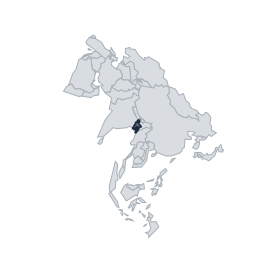 Asia, with Bangladesh highlighted, rotated 43°
{"feature_id": "BGD", "entity_name": "Bangladesh", "entity_type": "country or territory", "adm_level": 0, "iso_a3": "BGD", "parent_name": "Asia", "parent_adm1": "", "projection": "equal_earth", "projection_center": [90.497, 23.681], "detail": "fine", "context": "in_parent", "style": "filled", "palette": "slate", "viewbox_px": 256, "rotation_deg": 43, "n_neighbors": 45, "source": "natural_earth", "source_scale": "50m", "svg_char_len": 15488}
<svg xmlns="http://www.w3.org/2000/svg" viewBox="0 0 256 256"><g transform="rotate(43 128 128)"><path d="M129.3,70.0L127.0,71.4L126.1,74.0L123.3,73.4L122.1,76.7L118.5,77.8L119.6,81.1L118.7,82.7L110.0,80.9L108.8,82.4L105.5,82.0L101.3,85.9L98.6,84.9L98.1,81.4L96.6,80.1L92.3,80.5L87.9,76.6L84.0,77.7L82.8,84.7L80.4,82.7L77.9,83.8L78.3,81.8L75.8,78.4L80.0,77.2L80.6,74.3L74.8,75.1L72.0,71.5L74.5,67.8L75.7,68.8L79.5,65.7L85.8,67.5L93.6,67.2L94.1,66.4L92.1,65.2L94.8,63.5L94.1,62.3L94.8,61.8L105.4,59.5L107.7,59.9L107.9,61.6L111.0,61.7L110.7,62.6L115.5,61.0L119.3,67.1L123.9,66.8L129.3,70.0Z" fill="#d9dde1" stroke="#a8b0b8" stroke-width="1"/><path d="M82.8,84.7L84.0,77.7L87.9,76.6L92.3,80.5L96.6,80.1L98.1,81.4L98.6,84.9L100.8,85.9L105.1,82.8L104.1,84.3L107.9,85.5L105.9,86.9L104.1,86.8L104.4,85.3L102.4,85.8L100.9,88.1L99.7,88.0L100.5,90.8L99.4,92.8L87.2,81.9L84.5,84.7L82.8,84.7Z" fill="#d9dde1" stroke="#a8b0b8" stroke-width="1"/><path d="M218.1,179.3L217.7,194.0L216.3,192.1L212.1,192.4L214.0,190.0L212.9,185.6L205.8,181.4L204.7,182.7L203.1,179.8L205.9,178.5L203.5,178.5L200.6,175.6L206.4,175.2L207.1,179.7L208.8,181.1L212.2,177.3L218.1,179.3ZM191.0,193.5L190.0,196.3L188.4,196.5L189.3,194.4L191.0,193.5ZM206.6,189.0L206.5,187.3L207.1,185.7L207.5,187.5L206.6,189.0ZM179.4,164.1L178.5,166.2L181.3,171.4L179.4,171.7L176.5,182.5L166.6,180.1L164.5,172.5L165.7,168.9L167.1,171.7L172.6,170.7L174.0,170.2L176.0,163.8L179.4,164.1ZM196.2,181.1L200.5,180.4L201.1,182.2L196.2,181.1ZM194.5,182.0L193.3,181.6L193.0,180.6L194.7,180.5L194.5,182.0ZM196.3,168.6L197.6,170.9L196.6,175.5L195.4,171.2L196.3,168.6ZM184.5,170.5L191.8,170.3L189.2,172.9L183.3,172.9L183.1,174.6L184.6,176.6L188.6,174.9L185.5,177.8L188.2,185.5L186.7,185.4L187.5,183.5L185.4,183.8L184.6,179.4L183.5,180.1L183.6,185.9L182.6,186.2L180.9,179.8L182.7,173.1L184.5,170.5ZM184.0,195.9L181.0,195.0L182.5,194.5L184.0,195.9ZM182.6,193.3L186.1,192.5L187.6,191.7L187.3,192.9L182.6,193.3ZM179.3,191.7L181.3,193.1L177.3,193.8L179.3,191.7ZM159.6,186.7L170.5,189.1L175.6,192.3L173.7,193.2L158.4,188.9L159.6,186.7ZM155.3,175.1L159.7,180.4L159.2,186.7L157.4,186.7L153.8,183.0L141.6,161.1L145.3,161.6L150.6,168.7L153.7,170.3L156.0,173.2L155.3,175.1Z" fill="#d9dde1" stroke="#a8b0b8" stroke-width="1"/><path d="M191.2,194.6L192.7,192.4L195.0,192.4L191.2,194.6Z" fill="#d9dde1" stroke="#a8b0b8" stroke-width="1"/><path d="M49.3,100.7L47.4,103.6L46.4,108.5L46.1,104.9L48.1,101.1L49.3,100.7Z" fill="#d9dde1" stroke="#a8b0b8" stroke-width="1"/><path d="M51.0,98.8L48.2,101.0L50.9,98.0L51.0,98.8Z" fill="#d9dde1" stroke="#a8b0b8" stroke-width="1"/><path d="M48.5,102.5L47.2,104.6L48.0,102.2L48.5,102.5Z" fill="#d9dde1" stroke="#a8b0b8" stroke-width="1"/><path d="M48.5,102.5L54.0,100.5L54.1,103.0L50.4,104.3L51.6,106.4L48.1,109.1L46.4,108.5L48.5,102.5Z" fill="#d9dde1" stroke="#a8b0b8" stroke-width="1"/><path d="M71.2,119.6L75.1,119.9L79.0,116.5L76.4,123.4L71.6,122.3L71.2,119.6Z" fill="#d9dde1" stroke="#a8b0b8" stroke-width="1"/><path d="M70.1,118.5L70.2,117.0L71.2,115.6L71.5,117.6L70.1,118.5Z" fill="#d9dde1" stroke="#a8b0b8" stroke-width="1"/><path d="M66.0,107.3L67.3,110.5L64.6,109.3L66.0,107.3Z" fill="#d9dde1" stroke="#a8b0b8" stroke-width="1"/><path d="M54.1,103.0L54.0,100.5L57.8,98.3L59.0,94.4L61.7,92.4L64.6,92.8L66.0,95.8L64.4,99.3L66.8,102.3L67.9,107.6L61.7,109.2L54.1,103.0Z" fill="#d9dde1" stroke="#a8b0b8" stroke-width="1"/><path d="M76.7,123.0L79.1,118.2L84.1,123.8L80.6,128.3L80.1,131.1L72.3,136.2L70.9,131.0L75.9,128.8L77.4,124.5L76.7,123.0ZM79.5,115.2L78.8,115.8L79.3,115.0L79.5,115.2Z" fill="#d9dde1" stroke="#a8b0b8" stroke-width="1"/><path d="M153.6,146.1L154.2,141.5L159.3,142.3L160.0,140.8L161.9,143.1L161.8,145.7L159.0,147.5L159.8,148.8L155.2,149.6L153.6,146.1Z" fill="#d9dde1" stroke="#a8b0b8" stroke-width="1"/><path d="M157.9,141.4L154.2,141.5L153.6,146.1L149.5,143.4L148.1,152.7L153.1,159.4L151.4,160.6L146.4,154.7L148.7,146.7L146.3,139.6L147.4,137.2L144.9,132.2L146.3,129.5L149.2,127.9L151.2,130.0L150.9,134.3L154.4,132.5L156.9,134.5L158.5,138.6L157.9,141.4Z" fill="#d9dde1" stroke="#a8b0b8" stroke-width="1"/><path d="M161.5,141.6L157.9,141.4L158.5,138.6L155.6,132.7L150.9,134.3L151.2,130.0L149.2,127.9L151.9,126.3L151.6,123.8L154.2,127.2L156.2,127.2L156.9,129.1L155.5,130.4L161.3,137.8L161.5,141.6Z" fill="#d9dde1" stroke="#a8b0b8" stroke-width="1"/><path d="M149.2,127.9L146.3,129.5L144.9,132.2L147.4,137.2L146.3,139.6L148.7,146.7L147.0,151.1L146.9,144.0L144.6,135.6L141.6,138.3L139.7,137.5L139.9,132.7L136.6,125.6L141.0,114.7L144.2,113.6L144.4,111.1L146.6,112.7L145.0,120.4L146.7,120.0L148.2,122.4L147.8,124.2L150.8,124.8L149.2,127.9Z" fill="#d9dde1" stroke="#a8b0b8" stroke-width="1"/><path d="M156.6,149.9L159.8,148.8L159.0,147.5L161.8,145.7L161.7,139.4L155.5,130.4L156.9,129.1L156.2,127.2L154.2,127.2L152.5,123.5L157.5,121.6L162.0,125.5L158.4,130.9L163.9,139.2L164.6,147.2L158.0,154.1L156.6,149.9Z" fill="#d9dde1" stroke="#a8b0b8" stroke-width="1"/><path d="M192.3,82.6L191.5,85.5L188.7,87.7L190.1,90.4L185.0,90.9L185.6,88.4L183.8,87.4L184.8,86.1L187.0,83.7L189.1,84.4L188.6,83.4L191.1,81.5L192.3,82.6Z" fill="#d9dde1" stroke="#a8b0b8" stroke-width="1"/><path d="M187.3,91.6L190.3,89.9L192.6,93.6L192.6,97.0L188.8,98.4L187.5,93.7L188.6,93.3L187.3,91.6Z" fill="#d9dde1" stroke="#a8b0b8" stroke-width="1"/><path d="M129.8,69.9L136.0,67.2L143.0,69.1L145.0,65.1L151.8,68.5L156.2,68.1L158.6,69.9L161.7,70.2L166.5,68.2L169.8,68.8L169.1,72.7L172.3,72.1L175.0,73.9L166.6,78.0L164.3,77.5L163.7,78.7L164.5,80.0L162.6,81.7L154.9,84.1L148.7,82.1L142.2,82.0L140.6,79.1L134.3,77.2L134.3,74.2L129.8,69.9Z" fill="#d9dde1" stroke="#a8b0b8" stroke-width="1"/><path d="M144.4,111.1L144.2,113.6L141.0,114.7L137.1,124.4L136.3,121.0L135.6,122.4L134.7,121.2L136.6,118.1L132.7,117.4L130.6,114.9L130.0,116.4L131.1,117.5L129.8,119.1L130.7,119.7L131.0,125.2L127.9,125.6L127.1,128.5L120.0,136.4L116.9,137.8L116.0,150.2L112.0,155.5L105.8,137.6L104.7,125.9L101.2,126.9L97.8,120.8L102.5,119.4L100.3,113.9L102.2,111.7L104.0,111.8L110.0,102.7L108.0,98.5L112.8,97.9L114.3,96.2L115.9,98.5L115.3,104.3L118.9,107.1L117.2,110.0L122.2,113.0L129.8,115.0L130.8,111.5L131.0,113.5L132.4,114.4L136.1,114.1L135.5,112.1L142.5,108.6L142.7,110.8L144.4,111.1Z" fill="#d9dde1" stroke="#a8b0b8" stroke-width="1"/><path d="M135.5,112.1L136.1,114.1L131.0,113.5L132.9,111.0L135.5,112.1Z" fill="#d9dde1" stroke="#a8b0b8" stroke-width="1"/><path d="M129.9,111.9L129.8,115.0L128.4,115.0L117.2,110.0L119.6,106.6L126.3,111.2L129.9,111.9Z" fill="#d9dde1" stroke="#a8b0b8" stroke-width="1"/><path d="M114.3,96.2L112.8,97.9L108.0,98.5L110.0,102.7L104.0,111.8L102.2,111.7L100.3,113.9L102.5,119.4L97.8,120.8L95.1,117.1L87.3,117.9L88.1,115.4L90.5,114.3L87.2,107.8L89.7,108.9L95.8,107.7L97.0,104.7L100.8,103.5L105.4,94.1L110.5,92.9L111.9,95.3L114.3,96.2Z" fill="#d9dde1" stroke="#a8b0b8" stroke-width="1"/><path d="M94.7,92.9L101.5,92.8L104.1,90.2L105.4,93.7L107.7,92.1L110.5,92.9L104.4,95.0L104.8,96.8L103.5,99.2L102.0,99.1L102.5,100.5L100.8,103.5L97.0,104.7L95.8,107.7L89.7,108.9L87.2,107.8L88.8,105.9L87.4,101.3L89.0,95.8L91.7,96.3L94.7,92.9Z" fill="#d9dde1" stroke="#a8b0b8" stroke-width="1"/><path d="M99.4,92.8L100.5,90.8L99.7,88.0L104.4,85.3L104.8,86.7L102.3,88.1L108.6,88.3L110.2,92.3L105.4,93.7L104.1,90.2L101.5,92.8L99.4,92.8Z" fill="#d9dde1" stroke="#a8b0b8" stroke-width="1"/><path d="M105.1,82.8L108.8,82.4L110.0,80.9L118.7,82.7L108.6,88.3L102.3,88.1L102.6,87.0L107.9,85.5L104.1,84.3L105.1,82.8Z" fill="#d9dde1" stroke="#a8b0b8" stroke-width="1"/><path d="M77.9,83.8L80.4,82.7L82.0,84.8L84.5,84.7L87.2,81.9L97.6,91.2L97.5,92.4L96.4,91.8L90.5,96.6L89.0,95.8L89.1,94.2L83.8,91.1L78.4,92.7L78.9,89.3L77.5,87.1L78.2,85.5L80.9,85.4L79.8,83.1L78.1,85.0L77.9,83.8Z" fill="#d9dde1" stroke="#a8b0b8" stroke-width="1"/><path d="M67.9,107.6L66.8,102.3L64.4,99.3L66.0,95.8L64.1,91.2L64.5,88.3L67.3,89.7L70.5,88.0L71.4,92.0L73.7,93.4L78.2,93.2L82.8,90.9L89.1,94.2L87.4,101.3L88.8,105.9L87.2,107.8L90.5,114.3L88.1,115.4L87.3,117.9L80.9,116.4L80.4,113.8L74.9,114.2L72.0,111.9L70.4,107.1L67.9,107.6Z" fill="#d9dde1" stroke="#a8b0b8" stroke-width="1"/><path d="M48.9,101.8L51.0,98.8L50.4,96.3L52.3,93.5L61.0,92.7L59.0,94.4L57.8,98.3L50.5,102.6L48.9,101.8Z" fill="#d9dde1" stroke="#a8b0b8" stroke-width="1"/><path d="M67.9,89.6L64.2,86.7L64.5,85.1L67.3,85.6L67.9,89.6Z" fill="#d9dde1" stroke="#a8b0b8" stroke-width="1"/><path d="M64.6,92.8L52.3,93.5L51.0,95.5L51.4,93.8L49.3,93.5L41.3,94.8L38.5,93.8L37.9,88.3L43.4,84.8L50.2,83.3L56.7,85.4L63.3,84.1L65.7,87.8L64.5,88.3L64.6,92.8ZM39.2,83.7L42.1,83.3L43.1,84.7L38.5,86.9L39.2,83.7Z" fill="#d9dde1" stroke="#a8b0b8" stroke-width="1"/><path d="M119.1,156.5L118.8,158.9L116.7,160.0L115.6,155.0L116.4,151.4L119.1,156.5Z" fill="#d9dde1" stroke="#a8b0b8" stroke-width="1"/><path d="M164.6,132.8L163.2,130.2L166.6,128.7L166.0,131.7L164.6,132.8ZM108.6,88.3L119.6,81.1L118.5,77.8L122.1,76.7L123.3,73.4L126.1,74.0L127.0,71.4L129.8,69.9L134.3,74.2L134.3,77.2L140.6,79.1L142.2,82.0L148.7,82.1L154.9,84.1L161.0,82.4L164.5,80.0L163.7,78.7L164.3,77.5L166.6,78.0L171.8,74.6L175.0,74.6L172.3,72.1L168.7,71.9L169.8,68.8L173.3,68.4L174.7,65.2L173.7,63.9L176.2,62.7L181.5,63.8L185.0,69.1L187.6,69.6L190.5,72.6L195.9,71.3L194.7,77.4L191.8,77.7L192.3,82.6L191.1,81.5L188.6,83.4L189.1,84.4L187.0,83.7L183.8,87.4L179.3,89.4L180.5,86.4L179.6,85.4L174.1,89.7L177.7,92.8L179.2,91.4L181.6,92.2L182.0,93.3L177.4,97.3L182.4,103.9L181.7,106.0L183.1,107.8L182.9,111.2L178.7,119.0L174.6,122.8L166.5,125.8L166.0,128.1L165.1,128.2L165.0,125.8L160.4,124.9L159.8,122.8L157.5,121.6L151.6,123.8L151.9,126.3L147.8,124.2L148.2,122.4L146.7,120.0L145.0,120.4L146.6,112.7L145.3,110.9L142.7,110.8L142.5,108.6L136.8,111.9L132.9,111.0L131.0,113.1L130.8,111.5L126.3,111.2L115.3,104.3L115.9,98.5L111.9,95.3L108.6,88.3Z" fill="#d9dde1" stroke="#a8b0b8" stroke-width="1"/><path d="M183.1,117.4L183.1,122.8L182.5,124.5L181.2,121.1L183.1,117.4Z" fill="#d9dde1" stroke="#a8b0b8" stroke-width="1"/><path d="M69.0,83.6L70.8,85.0L72.2,83.7L74.2,86.7L73.0,86.9L71.2,90.5L70.5,88.0L67.9,89.6L67.0,87.4L66.6,84.8L68.8,85.1L69.0,83.6ZM67.3,89.7L66.3,89.4L65.7,87.8L67.0,88.2L67.3,89.7Z" fill="#d9dde1" stroke="#a8b0b8" stroke-width="1"/><path d="M60.3,80.6L67.9,82.4L69.0,84.9L61.7,84.2L62.1,82.1L60.3,80.6Z" fill="#d9dde1" stroke="#a8b0b8" stroke-width="1"/><path d="M184.6,146.0L182.9,143.2L184.9,144.1L184.6,146.0ZM187.7,153.2L187.5,149.0L188.2,150.4L189.3,148.2L187.7,153.2ZM191.7,151.5L193.7,157.3L193.2,159.3L192.6,157.0L191.8,158.2L191.9,160.9L189.9,159.6L188.8,155.8L186.0,157.3L188.6,153.9L191.8,153.2L191.7,151.5ZM182.1,149.7L178.1,154.6L181.8,147.9L182.1,149.7ZM185.7,132.7L185.1,141.3L188.9,142.5L189.2,145.3L187.2,143.0L183.4,142.4L183.9,140.9L182.0,138.9L183.0,132.1L185.7,132.7ZM186.0,150.0L185.6,146.7L187.7,147.4L186.0,150.0ZM191.6,146.1L192.2,148.6L190.9,148.0L190.6,150.7L189.5,145.3L191.6,146.1Z" fill="#d9dde1" stroke="#a8b0b8" stroke-width="1"/><path d="M149.6,158.9L154.5,161.0L156.6,170.5L151.9,167.2L149.6,158.9ZM179.4,164.1L176.0,163.8L174.0,170.2L167.1,171.7L166.0,170.4L165.7,168.9L168.2,169.3L168.6,167.4L171.3,166.5L173.3,163.3L175.2,163.7L177.4,157.9L181.6,161.3L179.4,164.1Z" fill="#d9dde1" stroke="#a8b0b8" stroke-width="1"/><path d="M175.3,161.2L175.2,163.7L174.0,164.4L173.3,163.3L175.3,161.2Z" fill="#d9dde1" stroke="#a8b0b8" stroke-width="1"/><path d="M210.3,88.8L209.6,96.9L205.2,98.0L203.4,100.3L201.9,98.0L195.8,99.4L197.6,100.9L197.1,104.4L195.4,104.5L195.5,102.6L193.6,100.6L197.8,96.3L202.5,96.1L203.3,92.5L204.5,93.5L207.0,90.7L207.0,84.9L208.5,84.5L210.3,88.8ZM211.9,79.6L212.6,78.8L213.6,80.9L210.8,83.4L208.2,82.1L207.9,84.1L206.3,84.2L205.6,82.3L207.5,80.7L207.2,76.7L211.9,79.6ZM198.1,100.3L200.2,98.4L201.7,99.6L199.4,101.8L198.1,100.3Z" fill="#d9dde1" stroke="#a8b0b8" stroke-width="1"/><path d="M70.9,131.0L72.3,136.2L70.6,138.5L55.8,145.1L54.8,139.4L56.5,134.1L62.3,135.5L66.1,131.9L70.9,131.0Z" fill="#d9dde1" stroke="#a8b0b8" stroke-width="1"/><path d="M46.4,108.8L50.6,107.4L51.6,106.4L50.4,104.3L54.1,103.0L61.7,109.2L65.9,109.5L69.5,114.4L71.6,122.3L76.7,123.0L77.4,124.5L75.9,128.8L66.1,131.9L62.3,135.5L56.5,134.1L55.3,136.9L50.5,126.0L50.1,120.8L45.4,111.5L46.4,108.8Z" fill="#d9dde1" stroke="#a8b0b8" stroke-width="1"/><path d="M48.5,95.8L45.6,98.0L44.7,96.9L48.5,95.8Z" fill="#d9dde1" stroke="#a8b0b8" stroke-width="1"/><path d="M131.3,124.3L131.3,124.1L131.3,123.9L131.2,123.4L131.1,123.1L131.1,122.7L131.0,122.2L131.1,121.9L130.9,121.8L130.7,121.7L130.8,121.4L130.7,121.3L130.6,121.1L130.5,120.9L130.6,120.5L130.7,120.2L130.8,120.0L130.8,119.8L130.8,119.7L130.7,119.5L130.4,119.4L130.2,119.2L129.9,119.1L129.7,118.8L129.7,118.7L129.9,118.2L130.1,118.3L130.2,118.1L130.4,117.6L130.6,117.6L130.8,117.7L131.1,117.6L131.1,117.4L131.0,117.2L130.9,117.0L130.6,117.0L130.4,116.9L130.2,116.5L130.1,116.3L129.9,116.3L129.8,116.2L129.9,115.8L129.9,115.7L130.0,115.5L130.2,115.3L130.3,115.2L130.3,114.9L130.2,114.9L130.2,114.7L130.3,114.7L130.5,114.8L130.6,115.0L130.7,115.3L130.8,115.3L131.0,115.3L131.2,115.2L131.3,115.0L131.4,115.5L131.5,115.7L131.7,115.8L131.8,115.9L132.0,115.9L132.2,115.7L132.2,115.4L132.3,115.4L132.4,115.5L132.6,116.0L132.6,116.8L132.5,117.2L132.5,117.3L132.8,117.5L133.0,117.6L133.5,117.7L133.8,117.7L134.0,117.7L134.5,117.6L134.9,117.6L135.1,117.7L135.7,117.7L136.1,117.7L136.4,117.8L136.6,118.0L136.8,118.1L136.8,118.3L136.7,118.3L136.4,118.2L136.4,118.3L136.4,118.5L136.2,119.1L136.2,119.3L135.9,119.5L135.8,119.8L135.7,119.7L135.5,119.8L135.4,119.8L135.3,120.0L135.1,120.0L134.8,120.3L134.7,120.7L134.7,120.9L134.7,121.1L134.8,121.5L134.9,122.1L135.0,122.2L135.0,121.9L135.2,122.0L135.3,122.2L135.3,122.3L135.6,122.3L135.6,122.2L135.7,121.9L135.7,121.7L135.9,121.3L135.9,121.2L135.9,120.8L136.0,120.8L136.3,120.8L136.5,121.3L136.6,121.6L136.6,121.8L136.6,122.2L136.6,122.5L136.8,122.9L136.8,123.0L136.9,123.3L136.9,123.6L137.0,124.4L137.0,124.5L137.0,125.3L137.0,125.6L137.1,125.9L137.1,126.0L136.9,126.0L136.8,125.9L136.7,125.8L136.6,125.7L136.4,125.9L136.4,126.0L136.4,126.4L136.5,126.5L136.5,126.8L136.6,127.1L136.5,126.9L136.4,126.7L136.2,126.3L136.1,125.5L136.1,125.2L135.9,124.7L135.8,124.1L135.8,123.8L135.8,123.7L135.7,123.8L135.6,123.6L135.6,123.4L135.3,123.0L135.2,122.8L135.2,122.6L135.1,122.8L134.9,122.9L134.8,123.1L134.7,123.2L134.4,123.2L134.2,122.9L133.9,122.3L133.8,122.1L133.9,121.7L133.8,121.4L133.8,121.2L133.7,121.2L133.7,121.3L133.3,121.3L133.5,121.5L133.8,121.7L133.8,121.9L133.8,122.0L133.7,122.1L133.6,122.3L133.7,122.5L133.5,122.9L133.6,123.0L133.7,123.3L133.8,123.5L133.8,123.9L133.7,124.0L133.4,124.4L133.3,124.7L133.2,124.9L132.9,124.7L133.0,124.4L133.2,124.1L132.9,124.3L132.7,124.2L132.7,123.8L132.8,123.5L132.6,123.6L132.6,123.9L132.6,124.1L132.6,124.3L132.5,124.5L132.4,124.7L132.2,124.9L132.1,125.0L132.1,124.8L132.1,124.5L132.0,123.9L132.0,124.0L132.0,124.4L132.0,124.7L131.9,124.9L131.8,125.1L131.7,125.1L131.4,124.8L131.3,124.5L131.3,124.3ZM134.1,124.3L133.8,124.4L133.7,124.3L133.9,123.8L133.9,123.5L133.9,123.3L133.7,123.1L133.7,122.9L133.6,122.7L133.8,122.6L133.9,122.8L134.0,122.9L134.0,123.1L134.2,123.4L134.2,123.6L134.2,124.1L134.1,124.3ZM134.7,124.1L134.5,124.3L134.6,123.4L134.7,123.7L134.7,123.9L134.7,124.1ZM135.3,123.7L135.2,123.7L135.1,123.2L135.3,123.4L135.3,123.6L135.3,123.7ZM136.0,125.6L135.9,125.6L135.9,125.4L135.8,125.1L136.0,125.1L136.0,125.3L136.0,125.6ZM135.9,124.8L135.8,125.0L135.8,124.9L135.8,124.7L135.9,124.8ZM133.9,122.4L133.9,122.5L133.8,122.4L133.7,122.4L133.8,122.2L133.9,122.4Z" fill="#64748b" stroke="#1e293b" stroke-width="1.5"/></g></svg>